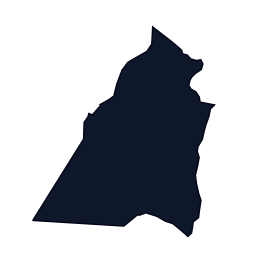 outline of Kristinehamn, Värmland, Sweden, rotated 7°
{"feature_id": "70781695B91017717929133", "entity_name": "Kristinehamn", "entity_type": "district", "adm_level": 2, "iso_a3": "SWE", "parent_name": "Sweden", "parent_adm1": "Värmland", "projection": "albers", "projection_center": [14.142, 59.269], "detail": "fine", "context": "isolated", "style": "filled", "palette": "ink", "viewbox_px": 256, "rotation_deg": 7, "n_neighbors": 0, "source": "geoboundaries", "source_scale": "gbopen_adm2", "svg_char_len": 980}
<svg xmlns="http://www.w3.org/2000/svg" viewBox="0 0 256 256"><g transform="rotate(7 128 128)"><path d="M45.0,231.3L45.3,231.3L135.8,225.8L148.1,212.9L149.7,213.2L156.2,210.0L167.4,212.1L176.5,215.9L184.0,217.4L191.0,221.7L196.3,225.2L200.5,228.2L200.7,228.3L203.8,224.5L204.1,218.7L204.1,213.2L208.9,208.4L208.9,201.2L209.2,190.9L206.1,184.4L202.6,174.5L200.6,166.7L201.6,157.8L202.2,148.6L199.5,142.8L199.8,137.7L203.2,129.9L203.8,123.0L204.8,115.9L206.9,106.4L206.9,105.6L207.5,98.9L211.0,94.6L196.3,93.5L195.0,88.7L191.0,83.9L185.8,81.7L183.1,78.2L183.6,73.3L184.9,69.8L188.4,65.4L193.6,61.0L194.5,55.3L191.9,51.4L187.9,52.7L181.8,51.8L177.8,48.3L173.4,47.9L171.7,44.4L168.2,41.8L159.2,36.0L151.0,31.2L140.2,24.7L141.4,41.7L137.5,49.6L128.7,56.2L119.9,62.8L115.0,71.5L111.5,86.0L110.1,97.9L106.1,101.8L98.0,107.8L98.3,107.8L97.8,109.3L91.0,119.4L87.4,118.4L86.9,121.8L83.8,127.7L85.3,144.4L45.0,230.9L45.0,231.3Z" fill="#0f172a" stroke="#020617" stroke-width="1.5"/></g></svg>